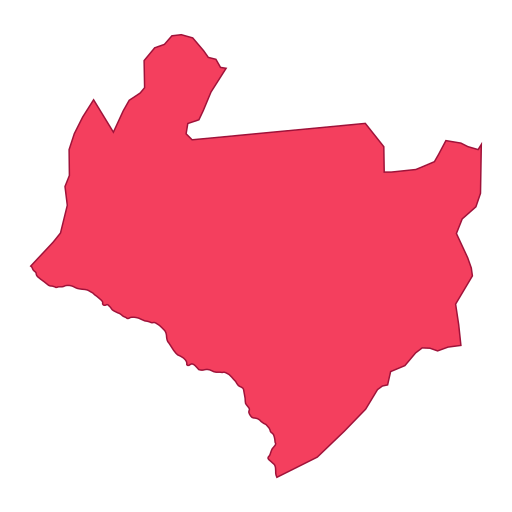 the district of Kouango, Ouaka, Central African Republic
{"feature_id": "33826404B56773227283390", "entity_name": "Kouango", "entity_type": "district", "adm_level": 2, "iso_a3": "CAF", "parent_name": "Central African Republic", "parent_adm1": "Ouaka", "projection": "orthographic", "projection_center": [20.271, 5.054], "detail": "fine", "context": "isolated", "style": "filled", "palette": "rose", "viewbox_px": 512, "rotation_deg": 0, "n_neighbors": 0, "source": "geoboundaries", "source_scale": "gbopen_adm2", "svg_char_len": 3537}
<svg xmlns="http://www.w3.org/2000/svg" viewBox="0 0 512 512"><path d="M472.4,275.9L471.3,268.0L467.7,257.8L456.4,233.5L462.2,218.9L475.9,206.8L480.5,193.3L481.3,144.5L478.1,149.6L467.8,146.6L460.9,143.1L445.9,140.6L438.6,154.4L434.4,161.7L415.9,169.5L391.1,172.1L384.2,172.1L383.8,146.7L365.3,123.4L192.1,139.8L186.1,133.8L187.8,123.5L198.9,119.8L203.3,110.5L211.0,92.0L226.1,68.3L220.5,67.4L215.9,59.3L208.3,57.4L203.6,50.7L192.7,37.9L181.3,34.7L171.9,35.8L164.4,44.4L154.7,47.8L144.1,60.6L144.6,87.7L140.2,93.0L129.2,100.3L123.3,110.7L113.4,132.2L93.6,99.8L82.7,117.0L74.3,133.7L69.1,149.6L69.4,175.5L65.0,186.5L67.3,205.3L60.5,233.0L53.2,242.1L30.7,266.1L31.6,266.8L32.1,267.6L32.6,268.8L33.0,269.7L33.6,270.4L34.4,271.2L35.3,271.9L35.7,272.3L36.1,273.1L36.3,274.4L36.7,275.5L37.6,276.7L38.6,277.5L40.9,279.4L44.1,281.7L45.7,283.0L47.2,284.2L48.6,285.3L50.1,285.9L51.2,286.0L52.4,286.1L53.6,286.5L54.1,286.6L55.1,287.0L55.8,287.4L56.6,287.4L57.6,287.1L58.6,286.8L59.8,286.8L60.8,286.8L62.0,286.8L63.5,286.5L65.0,285.8L66.3,285.5L67.8,285.4L69.8,285.5L71.6,285.9L73.0,286.4L75.8,287.8L77.3,288.4L79.2,288.8L81.8,289.2L85.1,289.5L87.4,290.0L89.2,290.9L90.8,291.9L92.7,292.9L94.8,294.9L96.7,296.2L99.4,298.5L101.1,300.0L101.9,300.9L102.4,301.5L102.6,302.1L102.7,302.8L102.6,303.5L102.6,303.9L103.0,304.5L103.4,305.0L104.0,305.2L104.8,305.3L105.8,305.1L106.5,304.7L107.2,304.6L107.8,304.8L108.4,305.2L109.0,305.9L109.7,306.5L110.5,307.4L111.5,308.8L112.3,309.8L113.3,310.5L114.3,311.1L116.3,312.1L117.7,312.8L119.4,313.4L120.5,314.1L121.7,315.0L122.4,315.7L123.3,316.3L124.3,316.8L125.3,317.2L126.3,317.7L127.1,318.4L128.0,318.5L128.9,318.3L129.9,317.7L131.2,317.3L133.4,317.2L134.7,317.3L136.5,317.6L138.6,318.1L141.4,319.4L144.9,320.9L147.0,321.2L148.6,321.6L149.8,322.0L150.7,322.4L151.6,322.7L152.6,322.7L153.5,322.5L154.4,322.5L155.4,322.8L156.2,323.3L157.3,324.0L158.6,324.8L159.8,325.7L161.4,327.2L162.7,328.5L163.9,329.7L164.9,330.8L165.6,332.1L166.0,333.1L166.3,334.3L166.5,335.5L166.6,337.2L166.9,339.0L167.3,340.5L167.9,341.8L168.8,342.9L170.2,345.0L173.6,350.3L175.9,353.2L177.7,354.9L180.4,356.1L183.5,358.0L185.4,359.9L186.5,361.7L186.8,363.2L186.8,364.7L187.6,365.4L188.9,365.4L190.3,364.5L191.9,363.8L193.7,364.5L195.1,365.6L197.1,367.7L198.8,369.6L201.0,370.1L202.9,370.1L205.1,369.6L207.0,369.4L209.6,369.8L211.9,370.8L213.8,371.7L216.2,372.2L218.1,372.2L220.2,372.2L222.2,372.5L223.4,372.2L224.3,372.2L225.5,372.6L227.1,373.4L229.2,374.6L231.8,377.2L233.5,379.2L235.6,381.4L236.9,383.6L238.4,385.6L239.9,386.5L241.5,387.2L243.0,388.3L243.6,389.6L244.0,392.0L244.6,395.4L245.1,398.2L245.3,401.5L245.6,403.5L246.3,404.6L247.4,406.0L248.5,407.4L249.3,408.6L249.4,409.9L248.9,411.2L248.9,412.6L249.6,414.3L250.6,415.9L252.0,417.4L253.4,417.9L255.3,418.1L257.4,418.6L259.6,419.9L261.1,421.5L263.6,423.3L266.0,424.5L267.6,426.3L269.2,428.2L270.0,429.9L270.4,431.4L271.3,432.6L272.3,433.2L273.5,434.6L274.3,436.9L274.8,439.3L275.1,442.2L275.7,443.6L275.3,445.1L273.2,447.6L272.2,448.8L271.6,450.1L271.2,451.1L270.6,452.8L270.1,454.4L269.5,455.6L268.7,456.5L268.2,457.2L268.0,458.1L268.3,458.9L268.8,459.6L271.1,461.6L272.6,463.0L273.7,463.9L274.5,464.8L274.9,465.6L275.3,466.8L275.5,467.8L275.6,469.5L275.7,471.3L275.7,473.1L276.0,474.9L276.4,476.0L276.9,477.3L317.3,457.1L344.3,431.2L365.7,409.1L377.5,389.6L382.4,386.0L387.6,384.9L390.6,371.6L404.9,365.6L415.6,352.9L422.2,347.9L429.9,348.2L437.6,350.9L448.0,347.1L460.9,345.4L458.7,324.7L455.6,304.1L472.4,275.9Z" fill="#f43f5e" stroke="#9f1239" stroke-width="1.5"/></svg>